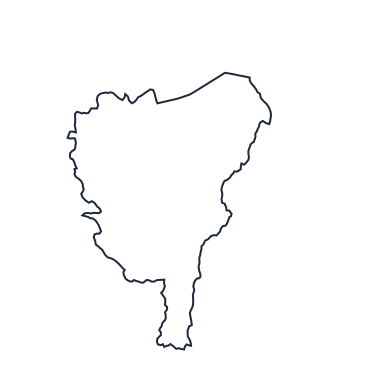 outline of Trajano de Moraes, Rio de Janeiro, Brazil, rotated 329°
{"feature_id": "56859067B81893048284321", "entity_name": "Trajano de Moraes", "entity_type": "district", "adm_level": 2, "iso_a3": "BRA", "parent_name": "Brazil", "parent_adm1": "Rio de Janeiro", "projection": "equal_earth", "projection_center": [-42.183, -22.156], "detail": "fine", "context": "isolated", "style": "outline", "palette": "slate", "viewbox_px": 384, "rotation_deg": 329, "n_neighbors": 0, "source": "geoboundaries", "source_scale": "gbopen_adm2", "svg_char_len": 3673}
<svg xmlns="http://www.w3.org/2000/svg" viewBox="0 0 384 384"><g transform="rotate(329 192 192)"><path d="M88.4,310.5L90.9,310.8L92.7,311.5L95.2,311.2L96.8,315.3L97.7,318.3L100.1,319.1L102.1,321.1L104.1,322.9L106.5,320.7L108.9,319.9L110.3,321.6L112.0,323.3L113.2,320.7L113.9,317.5L114.0,313.9L115.2,311.2L116.9,308.5L118.7,307.1L120.3,305.7L123.3,306.0L125.1,301.8L126.1,299.0L127.0,296.7L127.9,294.5L130.2,292.7L132.9,291.0L134.6,289.4L136.3,287.0L138.3,283.6L139.7,280.7L141.4,279.2L143.7,276.8L144.4,273.7L146.8,271.1L149.0,269.5L151.9,268.8L153.7,269.6L155.5,269.1L156.8,266.9L157.5,263.6L158.5,260.9L159.9,258.5L161.5,257.2L162.8,255.0L164.1,252.5L166.5,250.3L168.4,248.0L170.7,245.8L172.2,243.4L174.4,242.9L176.4,241.8L178.2,240.4L181.0,240.8L183.3,240.3L185.4,239.6L188.5,240.2L190.7,241.9L193.3,241.0L195.5,240.4L198.0,238.2L200.8,237.1L203.3,238.1L205.8,237.1L208.7,234.8L211.0,232.8L212.9,232.8L214.7,231.1L214.4,227.2L212.1,225.5L213.3,223.0L214.0,219.0L212.3,216.7L213.6,213.4L215.9,210.9L217.3,208.6L218.4,205.0L220.9,202.5L223.1,200.8L225.6,199.2L227.6,199.6L229.8,199.6L232.5,199.0L234.3,197.8L236.4,197.6L238.9,196.1L240.4,197.4L242.4,197.8L245.4,197.6L247.2,195.0L249.1,193.0L250.6,195.4L253.9,194.7L257.1,193.4L259.0,191.0L259.8,188.8L261.5,185.8L263.9,183.8L266.4,181.7L268.7,180.8L270.6,181.0L272.8,179.2L274.8,177.4L276.4,174.5L278.3,173.7L280.7,171.9L283.2,170.4L284.5,168.7L286.4,167.6L289.3,167.5L290.7,170.6L293.1,173.6L295.4,171.6L296.8,169.8L299.3,166.9L300.8,163.3L301.5,159.5L301.3,155.3L300.2,151.2L299.4,146.9L300.8,142.8L299.6,140.0L299.8,136.8L299.5,133.1L298.7,129.4L299.0,125.9L300.4,123.6L285.8,110.3L281.6,106.8L245.9,107.4L240.2,107.3L230.9,105.3L227.8,104.6L208.0,98.2L208.6,94.8L209.7,91.5L210.7,88.0L211.2,84.5L208.9,82.5L206.2,82.8L203.4,82.8L200.7,83.1L197.4,83.3L194.8,83.0L191.9,84.3L188.8,85.2L186.1,84.9L185.2,81.2L186.2,77.0L185.2,73.7L182.7,76.3L179.8,77.4L177.7,74.1L176.8,71.3L176.0,68.7L175.3,66.4L173.4,64.5L171.0,63.9L169.2,62.2L167.2,61.6L165.3,60.8L162.7,60.7L160.4,61.3L157.8,64.0L156.4,69.1L153.6,71.5L151.0,69.9L148.6,68.4L146.3,69.8L143.9,70.9L141.9,70.1L140.2,68.5L137.9,67.9L136.6,65.9L134.6,64.0L132.1,64.7L130.8,66.8L129.4,69.4L127.8,72.0L125.9,74.4L124.8,77.5L123.1,81.1L120.7,78.7L118.6,77.5L116.4,78.9L114.9,80.2L113.3,81.5L114.9,83.3L116.8,84.2L119.2,85.7L118.0,89.7L116.4,91.7L114.7,93.9L112.9,95.2L110.4,95.1L107.5,96.0L105.8,98.3L105.2,100.8L106.7,102.7L106.5,105.5L105.6,109.2L105.3,112.4L103.1,111.8L102.3,114.4L100.4,116.1L100.2,119.1L101.7,122.4L102.6,125.5L102.4,128.9L101.1,131.5L100.6,133.9L98.3,135.6L96.1,136.5L95.4,140.1L96.3,144.2L98.1,148.1L101.4,148.3L102.9,151.2L103.2,155.3L104.4,159.0L103.8,162.0L101.4,162.2L99.0,160.7L96.9,159.1L94.4,158.4L92.4,156.7L90.6,155.6L88.2,155.0L86.0,155.6L87.9,157.6L90.1,159.9L91.4,162.3L93.4,163.5L94.8,167.5L94.9,172.2L94.4,175.9L93.7,179.0L91.0,180.0L89.0,178.6L86.5,178.2L84.5,180.2L83.8,184.1L82.5,187.5L83.7,190.6L84.4,192.9L85.3,195.4L85.2,198.0L85.3,201.8L86.3,205.0L88.4,207.0L90.4,210.2L91.9,214.4L92.8,218.3L93.3,221.5L94.2,224.2L91.9,225.3L90.9,227.7L90.4,232.0L91.4,234.6L92.6,236.6L94.7,238.0L96.9,237.5L98.2,239.4L100.0,241.2L101.6,243.3L103.5,244.6L105.8,244.4L107.7,244.0L109.5,245.4L111.3,248.0L113.3,249.3L116.5,249.4L119.6,251.0L123.1,252.9L121.1,255.6L120.1,259.0L117.5,260.9L115.5,262.2L113.6,262.6L113.8,265.4L114.1,269.6L112.3,272.7L110.7,274.8L111.4,277.9L109.9,279.9L107.0,281.2L106.1,283.8L104.7,286.4L103.2,287.8L100.8,288.4L98.8,289.3L96.8,291.4L94.6,292.3L92.7,293.6L93.1,296.1L91.6,298.7L88.7,299.3L86.7,299.9L84.8,302.3L84.3,305.1L86.3,307.1L88.7,307.5L88.4,310.5Z" fill="none" stroke="#1e293b" stroke-width="2"/></g></svg>